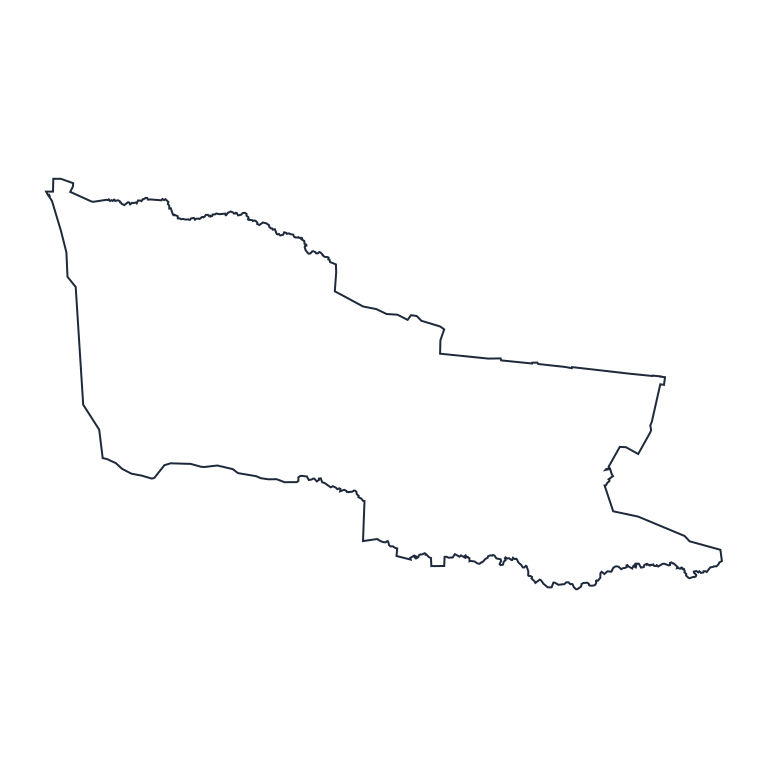 outline of Elejas pag., Jelgava, Latvia, rotated 90°
{"feature_id": "27541924B1906845824135", "entity_name": "Elejas pag.", "entity_type": "district", "adm_level": 2, "iso_a3": "LVA", "parent_name": "Latvia", "parent_adm1": "Jelgava", "projection": "albers", "projection_center": [23.711, 56.427], "detail": "fine", "context": "isolated", "style": "outline", "palette": "slate", "viewbox_px": 768, "rotation_deg": 90, "n_neighbors": 0, "source": "geoboundaries", "source_scale": "gbopen_adm2", "svg_char_len": 6120}
<svg xmlns="http://www.w3.org/2000/svg" viewBox="0 0 768 768"><g transform="rotate(90 384 384)"><path d="M191.6,721.9L195.5,719.7L194.9,718.9L196.0,718.3L196.5,718.9L201.0,716.0L231.0,707.0L252.4,701.6L276.8,700.5L287.0,692.3L404.7,684.8L429.7,668.8L458.1,665.3L459.0,661.2L463.1,652.2L468.9,645.8L473.7,636.5L475.6,626.4L478.5,616.5L478.3,614.8L477.6,613.4L465.2,603.6L463.3,597.4L463.9,577.3L466.8,566.8L467.0,563.7L465.5,550.6L469.1,535.3L473.1,530.0L476.2,511.8L478.2,507.2L479.3,499.6L479.2,491.4L482.2,483.4L482.1,471.1L480.9,469.6L477.3,469.6L476.0,467.7L475.8,466.5L476.5,461.1L480.0,459.2L479.5,456.3L478.6,454.9L478.6,453.7L481.4,451.2L479.9,449.0L478.6,449.1L478.3,447.3L482.3,445.8L483.0,443.4L487.3,437.3L486.2,435.1L487.7,432.1L489.2,430.7L488.3,428.7L488.9,427.6L491.3,427.9L489.8,423.8L490.8,421.8L492.0,421.1L491.8,420.3L492.2,419.8L491.6,415.5L490.5,414.0L490.8,412.6L492.1,411.5L494.1,411.3L495.9,409.3L497.2,409.6L498.5,406.8L500.8,405.0L501.1,403.5L541.1,405.0L539.0,390.9L541.3,387.1L542.2,384.3L542.3,382.4L541.1,380.7L541.4,379.9L545.1,378.9L546.4,377.5L546.3,375.2L548.1,372.5L548.4,370.8L556.0,371.5L559.6,357.3L558.0,357.8L555.5,353.8L556.4,352.0L557.5,353.2L558.5,352.1L557.4,349.9L555.2,349.0L554.4,347.7L554.5,346.1L553.2,343.4L553.9,342.2L554.8,342.3L554.8,341.3L557.1,339.1L558.1,337.0L566.1,336.7L566.0,323.8L556.9,323.4L556.7,321.6L557.7,319.5L557.5,315.3L554.2,313.1L556.7,308.4L555.4,307.0L557.9,302.6L557.4,302.1L556.1,303.3L555.4,302.4L556.7,301.6L556.9,300.3L557.4,300.3L558.2,298.6L561.2,298.5L560.9,297.9L561.5,293.3L563.4,290.6L563.8,288.4L562.1,286.3L562.2,285.6L558.9,282.5L557.8,280.4L556.3,279.9L555.3,277.5L555.6,275.7L555.0,275.0L555.6,273.5L558.4,271.6L559.3,267.4L560.9,266.9L564.1,268.4L565.1,267.4L564.7,265.1L561.7,264.2L560.0,262.3L558.3,263.2L557.4,262.5L558.5,260.7L558.2,259.1L560.1,256.4L560.0,255.8L557.8,255.0L558.8,253.8L559.1,252.7L558.7,251.9L559.2,251.2L562.5,249.6L564.9,246.8L567.4,245.2L567.5,243.8L565.8,242.1L566.2,241.4L571.4,239.7L575.4,239.8L575.9,239.3L576.0,237.5L577.0,236.0L578.5,236.5L581.1,233.6L582.9,232.6L579.6,228.2L580.4,226.9L583.8,224.5L587.3,220.3L587.4,217.9L587.3,216.4L582.6,214.6L582.6,213.3L584.8,209.6L584.1,203.6L582.3,201.7L582.3,199.5L584.2,197.7L583.9,196.1L584.3,195.4L587.3,194.1L589.2,192.0L589.2,190.7L586.6,186.9L583.9,186.4L583.0,184.4L582.7,180.6L584.1,179.0L585.1,179.0L585.7,177.8L585.6,174.5L584.8,172.7L582.9,171.8L580.8,172.0L580.4,171.5L580.8,170.2L577.8,167.7L573.3,167.6L571.8,166.4L574.0,163.6L571.3,160.6L571.7,156.6L568.2,155.0L566.6,153.0L566.3,151.6L566.7,149.4L569.2,146.8L568.1,144.8L568.0,143.2L567.1,141.3L565.4,141.5L565.1,140.6L566.3,139.7L568.5,135.8L566.0,134.6L567.4,132.2L565.2,131.7L565.0,133.4L563.7,132.6L563.7,129.2L567.6,127.0L567.1,124.3L564.9,123.6L564.1,121.8L564.8,121.2L564.0,120.7L565.4,118.7L564.9,118.1L565.4,117.5L564.8,116.9L565.0,116.0L564.4,114.8L565.9,113.9L566.1,111.9L565.2,111.3L566.5,109.8L563.8,105.3L563.8,103.5L565.4,99.2L564.9,97.9L563.0,98.1L562.4,96.6L563.4,95.4L563.3,94.5L566.9,90.5L568.2,91.0L568.0,89.9L568.7,87.9L567.5,86.6L568.0,85.6L568.9,85.6L569.4,84.8L569.1,84.0L571.4,83.2L572.2,83.6L574.0,81.7L575.5,82.0L577.9,79.4L578.2,78.2L576.9,74.8L577.1,73.5L576.4,72.2L575.0,71.7L572.6,74.1L571.6,74.2L571.0,71.7L572.4,69.6L571.3,68.7L572.9,67.0L572.5,64.7L571.2,64.4L571.2,62.7L572.0,61.3L567.4,57.7L566.9,54.9L566.4,54.3L566.3,51.5L564.5,49.6L562.4,48.6L561.1,46.1L549.8,47.6L541.3,78.4L536.0,83.4L516.6,129.9L511.3,154.8L485.5,163.4L485.3,162.1L482.8,160.6L481.2,158.7L480.1,158.5L479.3,159.4L476.1,155.0L474.4,156.2L468.9,157.9L469.9,162.5L469.0,161.7L468.3,158.4L466.6,159.3L446.9,148.2L447.2,142.1L454.0,129.8L432.3,117.7L430.0,116.9L425.5,117.7L421.8,116.2L384.3,107.7L384.8,104.0L377.2,103.0L376.7,107.4L376.4,107.3L375.6,115.4L376.0,115.5L373.6,139.3L367.1,196.0L368.2,196.2L367.0,202.5L364.0,229.8L362.6,230.7L362.7,235.8L363.5,235.9L360.4,266.8L358.4,267.4L358.6,279.7L353.7,327.9L340.3,327.6L329.4,323.8L326.5,327.8L320.8,346.6L316.0,351.3L315.2,357.0L319.9,360.4L314.7,370.5L314.0,381.5L309.1,391.6L306.5,404.9L291.3,433.2L272.3,431.8L264.4,432.1L262.0,438.0L259.7,438.5L259.4,439.7L257.6,439.4L257.1,440.4L256.9,443.2L255.3,445.4L254.7,445.3L252.5,447.5L252.0,448.6L253.3,450.1L253.3,451.9L252.4,452.3L251.2,454.6L251.5,455.9L253.5,457.7L253.6,459.6L250.4,462.3L247.3,463.3L246.1,463.1L245.7,461.6L244.7,461.7L243.7,463.5L241.0,463.7L239.3,466.5L238.3,465.9L237.9,466.4L237.9,468.8L237.2,469.5L237.6,470.8L237.3,472.1L237.5,472.5L236.8,473.9L234.6,474.8L234.1,477.8L233.4,478.9L233.8,481.3L232.9,481.7L232.3,483.8L234.7,484.8L235.5,487.8L234.0,489.0L234.4,490.3L234.1,491.2L229.2,493.2L229.6,495.3L228.5,495.8L228.4,496.9L227.0,498.7L225.3,498.9L223.4,501.5L222.5,505.1L225.0,508.6L224.0,510.8L222.5,510.7L220.8,512.5L220.5,513.3L221.0,515.1L220.2,515.5L219.8,519.5L219.3,520.1L218.1,519.3L217.0,519.8L215.7,521.5L213.8,521.5L212.9,523.0L212.8,524.1L213.2,525.5L214.7,526.8L215.4,529.9L212.9,531.4L212.8,532.2L213.5,532.8L213.6,534.0L212.7,534.6L211.5,537.2L212.9,540.2L215.1,541.8L215.2,542.3L213.6,542.9L214.2,548.6L213.5,551.7L214.4,552.9L214.5,555.4L216.0,555.9L216.5,557.3L215.7,557.9L216.3,558.8L214.9,560.0L214.9,562.1L216.7,563.4L217.4,564.7L216.9,565.1L217.0,566.0L219.0,568.4L218.6,569.4L218.8,572.1L219.7,573.0L217.9,574.2L218.4,576.9L219.8,578.0L219.8,579.1L219.4,579.5L219.5,582.8L218.9,585.2L219.3,587.0L218.3,588.6L218.4,590.2L216.2,590.3L214.7,593.7L215.3,594.1L214.6,595.1L208.3,597.2L208.6,598.7L205.6,598.8L203.9,600.2L202.1,599.6L199.2,602.5L200.1,603.9L199.0,605.6L200.3,606.5L199.4,618.3L199.7,619.3L199.6,620.1L198.0,620.8L197.8,622.1L199.2,624.4L199.2,625.2L201.1,626.5L200.6,627.4L200.5,630.0L203.3,631.3L202.5,632.0L203.1,635.1L202.8,636.0L204.4,637.9L202.7,638.7L202.2,639.9L205.1,643.7L203.7,646.5L202.6,647.0L202.4,647.9L201.3,648.2L200.3,649.9L200.9,652.8L199.7,653.6L199.7,654.3L201.0,655.3L200.2,656.6L201.0,657.9L199.4,659.2L200.1,659.9L199.8,661.6L201.8,674.6L201.5,676.5L191.9,697.7L186.3,695.0L183.2,694.8L178.8,707.2L178.8,714.7L191.6,715.0L191.6,721.9Z" fill="none" stroke="#1e293b" stroke-width="2"/></g></svg>